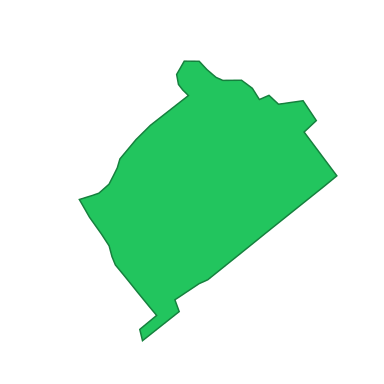 the district of Ivoti, Rio Grande do Sul, Brazil, rotated 43°
{"feature_id": "56859067B24346229110666", "entity_name": "Ivoti", "entity_type": "district", "adm_level": 2, "iso_a3": "BRA", "parent_name": "Brazil", "parent_adm1": "Rio Grande do Sul", "projection": "natural_earth1", "projection_center": [-51.164, -29.585], "detail": "fine", "context": "isolated", "style": "filled", "palette": "green", "viewbox_px": 384, "rotation_deg": 43, "n_neighbors": 0, "source": "geoboundaries", "source_scale": "gbopen_adm2", "svg_char_len": 706}
<svg xmlns="http://www.w3.org/2000/svg" viewBox="0 0 384 384"><g transform="rotate(43 192 192)"><path d="M284.9,96.6L286.9,81.4L233.1,71.7L234.2,55.0L211.0,49.5L195.4,68.8L182.4,68.8L178.2,78.4L165.4,75.0L152.0,76.5L138.4,89.4L131.3,91.8L119.4,92.3L108.1,91.5L97.1,101.6L100.6,116.5L108.8,122.6L115.7,123.7L123.6,123.9L116.1,171.6L115.3,191.8L116.7,216.9L120.9,225.3L123.3,233.3L126.0,242.9L124.7,256.4L120.9,263.5L114.7,274.3L134.4,280.4L154.4,284.5L168.1,287.9L177.5,293.8L185.7,297.6L201.6,299.7L221.0,302.5L237.9,304.8L250.3,306.4L247.5,328.1L257.2,334.5L264.2,288.2L253.0,282.5L259.7,254.2L263.4,245.4L271.0,192.6L273.7,173.3L284.9,96.6Z" fill="#22c55e" stroke="#15803d" stroke-width="1.5"/></g></svg>